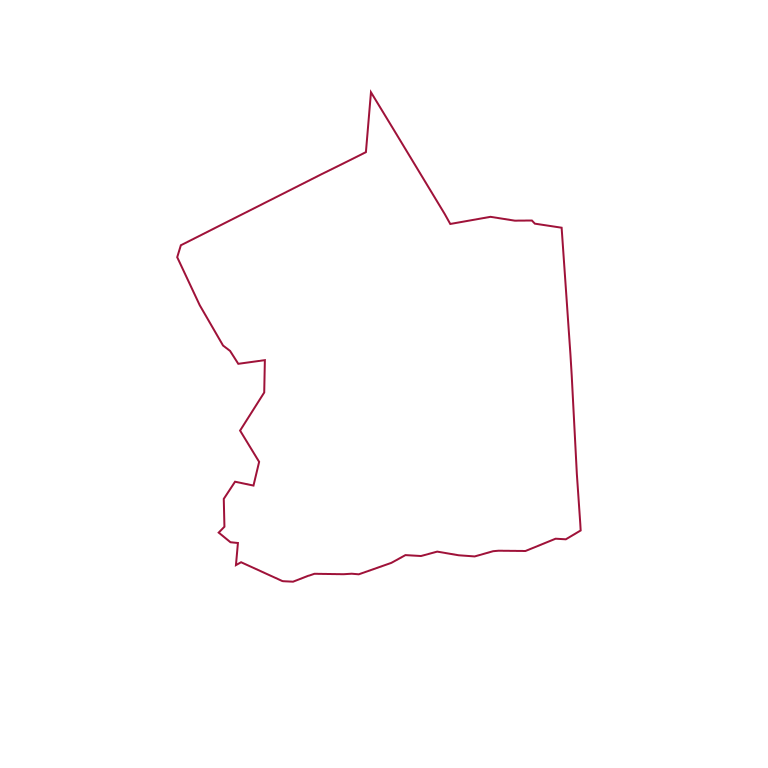 outline of Gwinnett, Georgia, United States of America, rotated 310°
{"feature_id": "52423323B79276741434448", "entity_name": "Gwinnett", "entity_type": "district", "adm_level": 2, "iso_a3": "USA", "parent_name": "United States of America", "parent_adm1": "Georgia", "projection": "albers", "projection_center": [-84.077, 33.96], "detail": "fine", "context": "isolated", "style": "outline", "palette": "rose", "viewbox_px": 768, "rotation_deg": 310, "n_neighbors": 0, "source": "geoboundaries", "source_scale": "gbopen_adm2", "svg_char_len": 886}
<svg xmlns="http://www.w3.org/2000/svg" viewBox="0 0 768 768"><g transform="rotate(310 384 384)"><path d="M325.7,277.4L300.5,297.7L255.8,303.7L244.1,338.4L222.3,349.3L213.4,332.7L193.0,335.1L172.1,353.5L163.9,352.9L164.1,368.1L168.3,374.3L150.1,387.0L155.6,389.1L167.7,432.8L168.4,433.9L174.1,441.4L188.5,449.3L189.1,449.8L193.9,452.7L212.3,475.3L217.9,481.2L222.0,487.0L251.7,504.6L266.7,510.4L276.0,522.9L289.8,532.5L300.8,551.3L310.2,564.3L326.1,575.1L329.9,578.9L347.0,599.7L375.8,614.9L381.9,623.1L398.2,628.8L403.0,624.3L439.0,589.6L511.0,522.5L526.5,507.8L549.6,485.5L563.3,472.3L617.9,419.6L603.8,396.5L604.3,392.2L593.2,379.2L580.5,358.1L549.2,331.9L553.3,321.1L584.3,230.2L599.1,186.5L550.0,221.1L528.5,211.8L504.6,201.3L446.7,176.5L359.7,139.2L348.2,144.1L325.9,192.2L310.0,236.0L310.4,244.8L305.8,259.4L325.7,277.4Z" fill="none" stroke="#9f1239" stroke-width="2"/></g></svg>